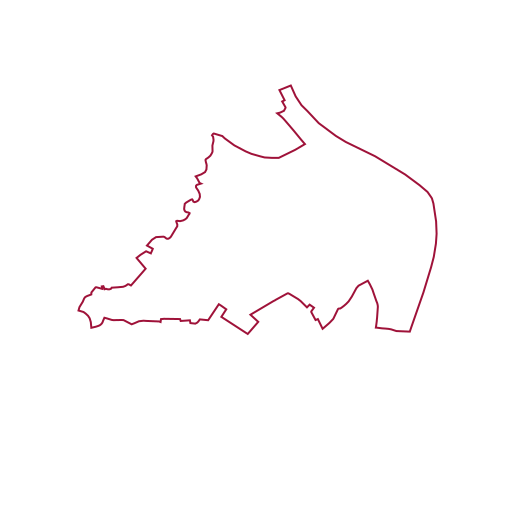 Ngo Quyen, Hải Phòng, Vietnam (Robinson projection), rotated 63°
{"feature_id": "81297802B18343005733844", "entity_name": "Ngo Quyen", "entity_type": "district", "adm_level": 2, "iso_a3": "VNM", "parent_name": "Vietnam", "parent_adm1": "Hải Phòng", "projection": "robinson", "projection_center": [106.698, 20.853], "detail": "fine", "context": "isolated", "style": "outline", "palette": "rose", "viewbox_px": 512, "rotation_deg": 63, "n_neighbors": 0, "source": "geoboundaries", "source_scale": "gbopen_adm2", "svg_char_len": 3515}
<svg xmlns="http://www.w3.org/2000/svg" viewBox="0 0 512 512"><g transform="rotate(63 256 256)"><path d="M245.2,435.3L246.3,430.8L246.7,428.2L246.8,426.8L246.6,425.5L246.2,424.2L245.7,423.3L245.4,422.9L245.1,422.5L244.4,421.8L242.2,419.1L243.9,417.2L247.5,413.5L248.4,412.2L252.0,404.8L253.0,403.1L260.4,397.8L260.7,394.9L261.0,389.9L262.6,385.6L264.0,383.3L270.3,372.1L271.5,371.0L269.1,369.3L270.2,366.5L277.7,352.3L279.7,352.6L283.3,344.1L286.0,344.9L288.7,340.8L288.7,338.8L288.2,337.2L287.0,334.8L291.5,327.8L282.1,311.0L284.3,309.7L290.0,306.7L294.5,314.5L321.7,298.8L320.5,295.7L315.7,283.9L305.8,287.6L304.1,261.1L304.1,258.9L304.0,258.5L303.6,245.5L303.7,244.4L304.9,243.4L307.0,242.1L313.6,238.0L314.3,237.7L316.4,236.7L324.9,233.9L323.7,230.3L328.4,227.8L330.3,231.6L330.6,232.0L331.1,232.2L340.1,232.0L340.3,229.5L351.1,229.7L351.0,229.2L349.2,221.9L348.8,220.5L347.4,216.5L347.3,216.1L346.9,215.4L340.5,207.0L340.4,206.6L340.4,206.3L340.5,205.9L341.0,204.9L340.9,203.4L340.3,200.1L339.6,197.3L338.5,194.1L335.7,189.1L330.2,181.1L329.0,178.1L328.8,167.6L332.9,167.4L338.7,167.5L342.7,168.1L350.7,169.2L353.1,169.4L355.1,169.9L356.6,170.5L365.9,176.1L367.9,177.4L368.9,178.0L372.1,180.2L374.2,181.7L374.3,181.5L377.7,176.5L379.5,173.5L381.1,171.0L382.7,168.9L386.6,165.0L393.2,153.3L389.7,149.7L364.5,123.4L345.5,105.1L337.5,98.0L326.7,90.1L318.2,85.0L306.9,79.8L289.8,74.1L284.6,73.1L283.3,73.2L276.8,74.1L267.2,78.1L251.1,86.1L221.2,104.6L195.2,124.2L185.3,130.3L166.1,139.8L150.2,144.4L142.4,147.0L131.8,148.2L119.9,147.6L118.8,159.8L130.2,159.8L130.2,162.5L137.0,162.2L137.7,162.8L138.6,164.2L139.3,165.1L139.2,169.4L138.5,172.3L144.0,169.9L145.2,169.5L146.1,169.2L152.6,167.6L161.8,165.4L173.2,162.9L178.5,161.6L179.2,172.8L178.9,191.2L176.8,195.3L176.0,196.9L172.1,203.6L169.2,206.9L162.9,213.7L158.1,217.7L148.3,224.6L147.4,225.2L146.2,225.8L137.1,230.4L134.9,231.2L133.9,231.5L127.7,238.0L127.7,238.8L128.5,240.4L130.3,240.1L130.9,240.3L133.2,241.1L134.4,241.8L137.8,244.7L143.0,247.2L143.7,247.8L144.6,249.0L145.9,251.1L146.6,253.7L147.0,256.7L147.5,257.4L149.5,258.0L151.6,258.4L152.9,258.8L154.4,259.7L156.4,260.9L158.1,263.3L158.4,267.7L157.8,272.7L157.7,273.6L160.2,273.2L165.0,273.1L165.6,272.9L166.5,272.2L165.8,276.3L166.1,277.4L167.3,278.2L168.4,278.2L171.5,277.8L175.2,278.0L176.9,278.7L177.9,279.1L179.4,280.7L180.3,282.2L180.5,284.3L180.2,286.2L179.2,287.1L178.4,287.1L177.2,287.0L176.5,287.2L176.3,288.6L176.7,294.0L177.2,295.8L178.1,296.4L178.7,296.8L179.2,297.2L181.5,298.7L183.1,299.0L184.3,298.8L185.4,298.0L186.6,296.4L187.7,295.7L188.3,296.3L188.8,297.4L189.7,298.8L190.8,300.6L191.2,302.6L191.2,304.8L190.5,307.8L188.8,310.3L188.8,311.3L190.2,311.6L192.2,311.8L193.8,312.7L195.1,314.9L200.2,323.1L200.7,324.6L200.8,325.8L200.7,326.6L200.2,327.5L199.4,328.1L197.9,328.7L197.1,329.3L196.7,329.8L193.8,336.5L194.3,341.3L197.2,348.4L202.7,344.7L203.2,345.2L205.0,347.4L205.3,347.9L205.9,348.5L201.9,351.8L202.5,358.3L203.5,363.3L205.3,362.9L217.2,360.1L222.3,372.8L223.8,376.5L225.5,380.8L223.6,382.1L223.0,382.9L223.4,385.9L223.1,388.4L221.1,393.4L218.7,399.0L219.3,399.9L219.3,400.8L219.1,401.9L218.3,403.3L217.1,404.6L216.9,405.9L213.6,405.7L213.1,407.2L215.5,407.9L215.0,408.5L214.0,409.5L211.4,412.4L211.1,413.2L213.7,419.1L214.2,419.5L215.5,420.2L215.0,424.6L215.0,426.0L215.1,426.7L215.2,427.3L216.0,428.6L218.1,431.1L221.4,436.5L224.0,438.9L227.6,435.1L230.0,433.9L233.0,432.8L236.0,432.5L239.9,433.2L245.2,435.3Z" fill="none" stroke="#9f1239" stroke-width="2"/></g></svg>